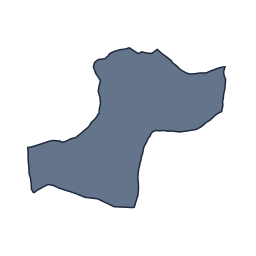 the district of Etsako Central, Edo, Nigeria, rotated 83°
{"feature_id": "59680162B80670265641804", "entity_name": "Etsako Central", "entity_type": "district", "adm_level": 2, "iso_a3": "NGA", "parent_name": "Nigeria", "parent_adm1": "Edo", "projection": "robinson", "projection_center": [6.506, 6.978], "detail": "fine", "context": "isolated", "style": "filled", "palette": "slate", "viewbox_px": 256, "rotation_deg": 83, "n_neighbors": 0, "source": "geoboundaries", "source_scale": "gbopen_adm2", "svg_char_len": 2059}
<svg xmlns="http://www.w3.org/2000/svg" viewBox="0 0 256 256"><g transform="rotate(83 128 128)"><path d="M207.5,131.5L200.2,128.3L198.3,127.5L196.0,126.3L193.3,125.8L192.9,125.7L189.4,124.9L183.6,124.4L180.1,124.4L177.0,124.0L174.4,123.5L170.4,122.5L166.5,121.0L164.7,120.5L161.2,119.0L158.1,118.1L156.3,117.2L155.0,116.6L150.2,115.1L148.0,114.1L145.3,112.1L142.2,110.1L140.5,109.1L138.7,107.1L136.1,105.6L134.3,103.1L133.9,100.5L134.7,96.9L134.7,95.2L134.7,93.4L135.0,92.5L136.0,88.8L136.4,84.7L137.3,81.1L138.2,77.1L138.2,75.8L138.2,73.5L138.2,71.0L137.7,60.3L135.9,55.7L135.0,54.1L134.4,53.1L134.3,52.9L134.2,52.7L131.9,49.7L131.6,48.8L130.2,45.6L128.4,43.1L125.8,39.6L124.0,36.0L123.1,33.0L120.0,32.0L116.9,31.0L113.9,31.0L110.8,30.0L106.0,28.9L105.1,28.6L101.1,27.1L98.5,26.6L96.2,26.1L91.8,25.2L87.4,26.2L83.9,26.3L79.1,24.3L79.1,26.8L79.5,30.9L80.4,34.4L81.3,38.5L82.7,43.1L82.7,43.6L82.7,44.8L82.7,46.1L82.2,49.2L82.2,51.8L82.3,56.8L81.8,60.4L80.5,63.4L78.3,66.5L75.7,69.6L73.7,71.0L72.2,72.2L68.7,75.8L66.5,76.8L63.8,79.4L61.5,81.7L61.2,82.0L58.6,85.0L53.5,89.4L56.9,95.2L56.0,99.9L54.1,105.1L55.4,108.8L48.5,117.0L49.3,121.1L49.3,126.1L50.1,131.6L51.0,134.7L52.1,137.2L54.4,139.4L55.0,140.6L56.5,142.1L56.4,149.1L58.8,153.1L62.9,154.9L70.1,153.3L73.2,151.6L77.8,149.6L82.0,151.3L87.8,153.1L94.3,152.1L100.6,152.3L103.4,153.4L107.1,154.5L109.7,154.8L110.9,156.4L112.5,157.2L114.2,158.9L115.1,159.7L116.9,162.3L118.6,164.3L118.8,164.4L121.3,166.3L123.0,168.3L124.8,171.3L126.6,173.9L128.3,176.4L129.7,178.9L131.0,180.9L131.4,183.0L131.4,184.5L131.9,186.5L132.8,189.1L133.7,191.6L134.2,195.4L132.8,196.7L131.3,203.3L131.5,207.9L133.3,216.5L134.2,221.6L135.1,226.7L135.1,229.9L139.5,230.1L143.8,230.6L149.6,231.1L154.0,231.1L161.5,231.7L165.9,230.9L172.1,230.9L176.9,231.3L180.5,229.8L180.5,228.5L178.9,226.2L177.6,222.6L176.8,221.0L175.7,218.1L174.3,214.1L175.9,209.3L175.9,209.2L179.5,203.4L182.6,196.6L185.7,189.8L191.5,179.2L194.6,166.8L199.0,159.9L204.4,151.5L207.5,133.3L207.5,131.5Z" fill="#64748b" stroke="#1e293b" stroke-width="1.5"/></g></svg>